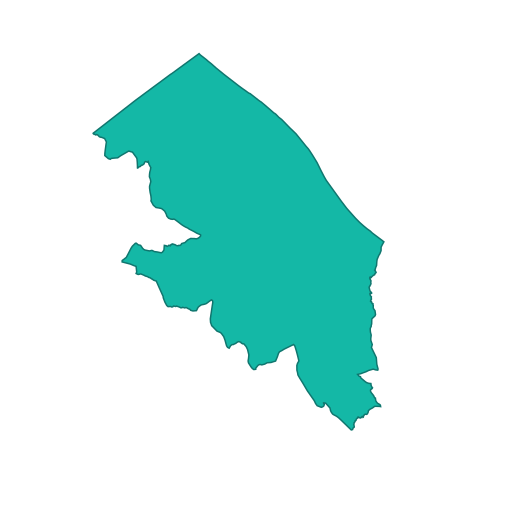 the district of Kalemie, Katanga, Democratic Republic of the Congo, rotated 324°
{"feature_id": "63176286B6958016734749", "entity_name": "Kalemie", "entity_type": "district", "adm_level": 2, "iso_a3": "COD", "parent_name": "Democratic Republic of the Congo", "parent_adm1": "Katanga", "projection": "equal_earth", "projection_center": [28.753, -6.07], "detail": "fine", "context": "isolated", "style": "filled", "palette": "teal", "viewbox_px": 512, "rotation_deg": 324, "n_neighbors": 0, "source": "geoboundaries", "source_scale": "gbopen_adm2", "svg_char_len": 6014}
<svg xmlns="http://www.w3.org/2000/svg" viewBox="0 0 512 512"><g transform="rotate(324 256 256)"><path d="M293.4,58.8L250.3,59.2L195.8,61.0L196.4,61.3L196.5,62.4L197.0,62.7L197.6,64.0L198.4,64.0L199.0,64.8L199.4,67.5L199.9,68.3L200.9,69.3L202.6,72.0L202.0,75.8L200.6,77.2L196.2,81.8L194.0,84.2L192.7,85.9L193.8,90.5L195.0,92.1L196.3,92.0L198.6,93.3L201.9,95.3L205.3,95.3L214.7,96.3L217.1,99.4L217.1,101.7L217.1,106.6L216.6,107.8L215.1,110.3L213.0,113.5L211.5,115.6L212.1,115.3L213.6,115.1L215.2,115.6L216.4,115.2L217.6,115.7L219.4,115.7L221.3,114.6L222.3,114.7L223.2,116.2L224.3,116.1L223.9,117.4L223.3,119.2L222.8,122.8L222.2,123.2L221.7,123.8L221.4,124.1L219.3,125.8L217.8,127.4L216.3,129.3L215.7,131.7L214.6,134.0L210.9,137.0L209.8,138.5L207.8,142.2L206.3,145.6L204.6,148.5L203.4,149.7L202.8,154.6L203.6,158.0L205.8,160.2L207.4,162.0L207.9,163.5L208.5,166.0L208.0,169.3L207.3,171.3L207.5,174.0L208.7,176.0L210.2,177.4L211.2,177.8L211.8,178.7L213.2,183.2L214.2,186.7L215.1,189.1L216.0,191.1L217.2,193.2L217.7,194.8L220.1,199.5L221.6,202.9L223.0,205.2L223.5,206.0L223.6,206.5L222.8,207.3L221.4,207.6L219.7,207.6L217.9,207.1L216.3,205.6L213.4,203.4L210.3,202.9L208.2,203.1L206.5,203.4L203.1,202.2L202.1,202.8L200.7,202.8L199.9,202.0L198.9,201.9L197.8,200.8L197.0,198.9L196.5,198.7L195.8,197.3L195.2,197.4L194.8,196.9L194.1,197.1L193.8,196.8L192.5,197.3L192.1,196.3L192.0,196.1L190.1,196.2L189.9,196.0L189.4,195.0L189.2,195.1L188.9,194.4L188.1,193.5L187.3,194.4L185.1,197.0L184.4,197.3L182.5,197.9L181.2,197.7L178.6,194.8L176.3,192.6L175.4,190.7L174.8,190.1L172.8,189.3L169.7,185.9L169.1,184.8L168.8,183.1L168.9,179.6L168.8,179.4L167.3,177.8L166.7,175.3L165.9,174.8L161.7,175.4L159.4,176.3L153.9,179.1L150.2,180.9L145.1,181.0L144.2,182.1L149.6,188.7L151.7,192.2L152.9,193.9L150.1,198.8L148.7,199.7L148.9,200.1L149.8,201.7L152.3,202.8L154.1,205.8L154.4,206.4L154.6,207.0L155.4,208.0L156.0,208.7L156.7,210.4L157.7,211.6L158.0,213.1L158.5,213.7L158.9,215.2L159.1,215.6L160.6,217.7L159.2,224.1L157.1,234.2L156.4,235.3L155.2,239.8L154.7,243.6L155.1,245.3L157.2,246.6L157.9,247.8L158.8,248.2L159.8,248.0L160.4,248.5L161.4,249.7L162.3,249.8L164.1,252.4L164.7,253.7L165.6,254.3L166.5,254.4L167.9,256.2L169.1,256.5L169.6,257.4L170.3,259.0L171.1,260.1L171.2,260.7L171.2,261.5L172.7,263.4L175.7,265.2L178.9,263.5L180.6,263.3L183.1,263.4L185.2,264.4L187.4,265.2L188.9,265.3L191.4,265.2L194.1,265.3L194.6,266.4L193.9,268.0L191.6,270.3L182.1,280.0L180.2,283.0L179.6,285.1L179.2,286.3L180.3,293.9L182.2,296.9L182.5,298.4L182.5,302.2L181.4,306.1L180.2,309.2L179.4,311.4L179.3,313.2L180.1,314.8L182.6,313.7L184.3,313.5L185.6,314.3L187.2,314.5L188.1,314.8L190.3,314.7L191.7,315.1L193.0,316.8L192.9,317.5L193.5,319.1L194.5,319.9L194.8,323.5L194.2,326.7L192.1,331.8L189.9,334.3L187.9,336.3L187.1,338.0L186.8,342.8L186.9,344.9L187.5,346.6L189.2,347.5L189.9,346.6L192.8,345.8L194.0,345.6L195.5,346.1L196.7,347.5L199.6,348.6L202.2,348.9L205.6,351.0L208.1,351.8L210.1,352.5L214.2,350.0L216.8,348.1L218.6,347.3L221.4,347.7L224.1,347.9L234.4,349.7L234.5,351.7L232.9,356.4L231.4,360.3L230.3,363.0L229.0,366.1L226.4,367.3L224.7,368.6L222.0,372.4L221.0,374.9L220.0,376.9L219.6,380.5L219.2,386.1L218.3,395.4L218.1,407.3L217.5,410.4L217.5,413.1L219.9,416.8L221.2,417.2L222.6,417.2L224.0,416.3L224.2,414.6L224.5,414.6L225.9,416.1L226.5,422.5L225.4,425.0L225.1,426.8L225.1,428.9L225.5,430.0L226.8,432.6L227.3,433.9L227.8,435.7L228.6,440.0L230.3,449.8L230.8,452.7L232.1,453.2L233.3,452.3L234.8,452.2L235.3,451.6L236.1,449.7L236.5,449.6L237.4,448.5L238.7,448.3L239.3,447.6L240.2,447.8L241.3,446.9L242.8,446.8L243.4,446.2L244.1,446.4L244.3,447.5L244.8,447.6L245.2,448.4L246.0,448.3L246.7,448.9L247.4,448.2L247.8,448.4L248.1,449.4L248.3,449.3L248.7,448.9L249.0,448.6L249.8,448.4L250.2,448.1L251.4,448.2L252.3,449.1L253.3,449.2L255.2,448.1L256.0,447.2L258.2,447.0L260.9,447.4L263.7,447.4L267.2,450.0L268.3,451.1L268.9,449.9L268.9,449.1L268.8,448.8L267.8,446.6L267.7,445.6L267.8,443.5L269.1,441.1L268.7,440.7L268.7,439.9L269.1,438.1L268.9,434.1L269.2,432.7L269.8,431.8L270.4,431.4L271.4,431.6L271.8,431.2L272.2,431.4L272.8,431.1L272.7,430.5L273.0,428.5L274.0,426.7L272.4,425.3L271.1,423.5L270.5,421.8L269.2,416.5L269.3,415.8L269.6,415.0L268.8,414.1L268.6,411.5L271.6,412.8L273.9,413.4L276.9,414.3L279.9,414.8L284.3,416.4L285.8,418.4L287.4,419.9L288.3,419.2L290.1,414.6L293.6,408.9L295.6,397.9L298.0,396.0L299.3,391.8L300.2,390.4L302.7,387.7L303.8,384.9L305.0,382.9L305.9,381.7L307.9,380.6L308.1,380.3L308.7,379.6L309.6,379.0L312.3,375.5L313.0,374.9L317.1,374.4L318.3,373.6L320.1,370.2L320.1,367.9L320.4,366.8L321.9,364.8L322.0,364.2L322.6,363.4L322.0,362.6L322.5,361.3L322.5,360.9L322.1,360.6L322.1,359.9L322.6,359.8L322.8,359.2L323.9,358.9L324.2,358.6L324.4,357.9L325.4,356.8L325.2,355.6L325.7,353.9L326.0,353.4L326.4,353.2L327.0,354.0L327.8,354.0L327.9,353.7L327.8,352.1L327.7,351.2L329.0,348.0L329.7,347.4L330.5,347.3L330.9,346.8L331.7,346.7L332.9,345.8L333.5,344.5L334.4,343.8L334.7,341.5L335.0,341.6L335.5,340.2L336.0,340.1L336.3,340.3L336.7,341.1L337.4,340.8L339.8,340.6L340.0,340.7L340.9,340.9L341.9,340.3L342.0,340.1L342.7,340.1L343.1,340.0L343.4,340.0L343.5,339.9L343.5,339.6L343.6,339.4L343.6,339.2L343.7,338.9L343.6,338.7L343.7,338.4L343.8,338.2L343.7,338.1L343.7,337.9L343.7,337.6L343.7,337.3L343.8,337.3L344.0,337.3L346.3,335.5L348.0,334.5L350.3,331.7L351.9,330.0L355.7,327.7L357.5,327.0L360.3,325.2L362.4,322.4L364.6,321.2L367.8,319.7L367.2,317.5L363.6,305.8L363.1,303.0L361.9,299.5L360.7,294.8L359.6,289.8L358.7,283.9L357.5,271.8L357.4,270.3L357.2,262.0L357.3,236.2L357.7,232.3L358.8,225.0L360.3,216.3L361.0,207.6L361.3,201.8L361.3,200.0L361.0,196.8L360.2,180.7L359.8,178.4L358.7,172.3L357.0,160.6L355.9,156.9L355.8,155.8L355.4,153.0L355.0,151.7L354.5,150.6L353.4,145.6L350.7,134.4L350.3,133.5L349.6,131.4L346.7,121.2L345.9,119.9L343.3,112.1L341.9,107.7L338.2,95.0L336.8,90.2L334.2,80.4L332.9,74.4L331.7,70.1L331.3,68.1L329.1,60.5L328.9,58.8L294.5,58.9L294.0,58.8L293.4,58.8Z" fill="#14b8a6" stroke="#0f766e" stroke-width="1.5"/></g></svg>